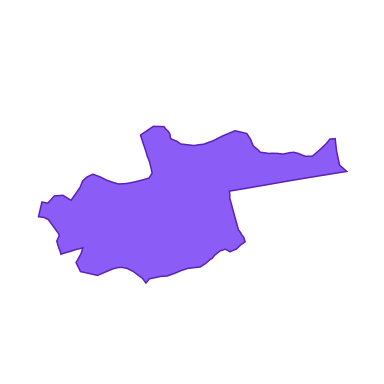 Ogba/Egbema/Ndoni, Rivers, Nigeria (Natural Earth projection), rotated 73°
{"feature_id": "59680162B28887917480980", "entity_name": "Ogba/Egbema/Ndoni", "entity_type": "district", "adm_level": 2, "iso_a3": "NGA", "parent_name": "Nigeria", "parent_adm1": "Rivers", "projection": "natural_earth1", "projection_center": [6.63, 5.434], "detail": "fine", "context": "isolated", "style": "filled", "palette": "violet", "viewbox_px": 384, "rotation_deg": 73, "n_neighbors": 0, "source": "geoboundaries", "source_scale": "gbopen_adm2", "svg_char_len": 1901}
<svg xmlns="http://www.w3.org/2000/svg" viewBox="0 0 384 384"><g transform="rotate(73 192 192)"><path d="M225.6,323.5L235.5,321.9L240.3,313.4L244.1,306.8L242.5,291.5L242.4,290.3L242.6,284.7L243.2,282.4L244.1,280.0L246.3,276.2L250.7,271.5L260.1,264.6L265.6,262.7L262.6,258.1L263.6,246.5L265.1,240.1L264.7,232.0L264.0,225.8L263.8,218.3L265.1,211.3L266.1,206.0L264.3,199.8L261.9,194.5L261.3,192.0L259.1,188.8L257.5,184.8L256.6,182.7L256.4,176.8L260.2,173.2L259.6,166.2L257.0,161.4L255.1,155.7L253.8,155.8L252.7,155.8L251.0,155.7L249.2,156.2L247.7,156.9L245.4,157.3L244.0,157.8L241.8,158.6L239.9,158.6L209.2,157.7L205.4,156.6L202.1,156.0L204.8,135.1L208.5,105.8L208.8,103.1L212.2,77.1L216.0,49.2L217.6,38.0L209.4,43.0L195.3,41.8L182.8,39.5L181.7,44.6L185.2,49.8L185.4,50.3L186.4,52.3L188.3,56.0L190.8,61.4L192.9,66.4L191.0,73.1L188.7,76.0L186.1,79.2L183.8,83.0L182.9,87.4L182.4,93.8L180.6,97.8L179.9,99.4L178.4,104.0L177.6,107.3L175.6,111.3L174.0,115.0L171.1,116.5L165.7,120.0L164.4,120.1L158.7,120.6L152.1,122.5L146.0,132.9L146.1,134.0L147.3,146.2L149.2,156.9L149.6,165.0L149.8,166.6L149.0,170.3L148.1,176.7L146.6,180.0L142.7,188.9L139.1,191.5L136.5,194.9L134.6,196.7L133.1,196.6L129.9,196.2L127.0,197.0L124.5,198.5L121.3,199.7L117.9,209.7L122.5,224.6L130.3,224.5L139.6,224.2L144.8,224.3L150.8,223.8L157.4,224.2L162.2,224.6L166.1,228.9L166.0,234.5L166.0,236.3L165.6,243.9L164.8,252.0L162.8,260.1L158.9,265.9L155.2,270.8L151.4,274.6L146.0,281.5L146.9,287.9L149.4,293.3L154.6,297.5L154.8,297.6L164.6,310.1L157.4,316.4L155.5,324.7L160.5,333.2L157.7,338.4L164.3,342.3L170.8,346.0L172.9,341.2L176.5,337.4L193.6,331.5L195.4,332.1L199.5,335.8L200.4,335.6L202.8,335.8L207.0,335.7L208.1,335.7L209.0,335.4L213.3,335.5L213.1,334.8L213.1,333.2L213.1,327.8L213.2,327.1L213.2,322.0L213.1,321.4L213.1,318.6L213.4,316.2L213.4,312.7L218.7,316.3L225.6,323.5Z" fill="#8b5cf6" stroke="#5b21b6" stroke-width="1.5"/></g></svg>